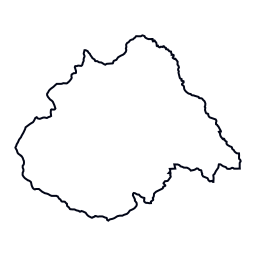 Guatuso, Alajuela, Costa Rica
{"feature_id": "36466004B87915732060573", "entity_name": "Guatuso", "entity_type": "district", "adm_level": 2, "iso_a3": "CRI", "parent_name": "Costa Rica", "parent_adm1": "Alajuela", "projection": "albers", "projection_center": [-84.82, 10.704], "detail": "fine", "context": "isolated", "style": "outline", "palette": "ink", "viewbox_px": 256, "rotation_deg": 0, "n_neighbors": 0, "source": "geoboundaries", "source_scale": "gbopen_adm2", "svg_char_len": 5766}
<svg xmlns="http://www.w3.org/2000/svg" viewBox="0 0 256 256"><path d="M239.0,153.4L236.9,153.3L236.3,153.0L234.6,151.6L233.7,150.0L232.6,149.3L232.1,148.6L232.0,147.6L231.6,147.0L229.8,146.3L227.4,144.9L226.5,143.7L226.6,141.7L225.8,141.3L225.7,141.1L224.8,140.4L224.5,139.4L224.1,138.8L223.6,138.6L223.2,138.7L223.0,139.2L222.8,139.1L220.8,136.6L220.1,134.8L220.1,133.6L218.9,131.8L219.3,131.6L220.9,131.5L220.8,130.9L218.7,127.1L218.4,126.4L217.8,126.0L217.1,124.8L216.4,124.5L216.0,124.1L216.0,122.5L216.4,121.4L216.4,120.8L216.0,119.9L215.6,119.4L209.8,117.4L209.2,116.9L208.6,116.0L208.3,115.2L208.2,114.0L207.8,113.7L206.4,113.4L205.9,112.8L205.0,110.0L205.3,107.7L204.8,107.0L204.8,106.5L205.2,105.8L205.4,103.7L205.0,102.3L204.4,101.1L203.1,99.9L202.2,98.7L201.3,98.3L199.3,98.1L198.9,97.8L198.9,97.4L198.5,96.9L194.3,95.7L193.8,95.4L192.2,95.3L191.5,95.0L190.7,94.0L189.3,93.8L188.3,93.4L186.3,91.9L184.9,90.3L184.2,88.9L184.0,86.9L183.8,86.2L183.3,85.6L182.2,84.9L182.0,84.6L182.0,84.0L182.7,83.2L183.6,82.5L183.6,81.3L183.3,81.1L181.6,80.8L181.4,80.3L181.6,79.9L181.6,79.1L180.1,78.4L179.8,77.9L178.5,72.7L178.8,71.3L178.1,70.0L178.2,68.9L178.9,67.6L178.9,67.2L178.4,65.8L177.5,64.6L177.6,61.6L175.4,58.8L175.1,58.7L174.8,59.0L174.6,59.9L174.6,58.7L173.3,58.3L172.8,57.9L172.7,57.4L173.6,56.2L173.7,55.2L173.4,54.9L171.6,54.9L171.7,53.9L171.2,53.0L171.0,51.6L169.2,51.2L168.8,50.4L168.2,50.1L167.8,49.4L166.1,49.2L166.0,48.0L165.8,47.8L164.5,47.4L164.2,46.5L163.9,46.3L163.3,46.2L162.5,47.0L160.9,46.7L159.9,47.3L159.4,47.3L158.4,46.6L158.0,45.8L157.4,46.1L157.0,46.1L156.7,45.8L156.7,44.8L156.2,42.5L155.2,41.6L154.7,40.6L154.2,40.4L153.6,41.2L153.0,41.4L152.5,40.5L152.5,39.0L148.5,39.1L147.1,38.6L145.5,37.7L145.0,37.2L144.5,36.1L142.6,35.4L141.9,35.6L141.2,36.1L140.7,36.3L136.1,36.2L135.0,37.6L133.9,38.4L133.1,39.3L131.5,39.7L130.2,40.3L128.5,42.3L127.3,42.8L126.2,44.4L126.2,46.0L126.4,47.0L125.9,48.2L125.9,48.8L126.2,49.2L126.2,50.6L125.7,52.0L124.6,53.2L124.4,53.7L123.7,54.1L123.2,54.6L120.8,55.7L118.1,57.3L116.4,59.8L113.9,60.8L113.5,61.3L112.9,63.2L112.7,63.4L106.9,63.8L106.5,63.9L105.3,64.7L104.3,64.3L101.4,62.5L99.1,62.3L97.2,61.1L95.4,61.1L94.9,60.7L94.7,59.6L92.4,58.1L92.1,57.5L90.4,55.1L89.9,53.9L88.5,52.6L87.7,51.2L85.7,50.2L84.5,50.2L83.8,53.1L83.7,53.8L84.5,55.8L84.5,56.8L84.0,57.6L83.6,59.3L83.7,60.8L82.6,63.3L82.6,63.9L82.2,65.0L81.8,65.5L81.2,65.9L78.1,65.6L76.9,66.1L75.3,66.1L75.1,66.4L74.8,67.2L76.0,71.0L76.0,72.8L75.1,73.2L73.7,73.2L72.2,74.1L71.6,74.6L71.4,76.4L71.7,77.7L71.4,78.6L69.9,80.6L68.7,81.9L67.6,82.7L67.4,83.1L66.5,83.4L63.2,83.2L62.4,83.6L60.9,83.9L56.7,83.9L55.5,84.9L53.5,86.8L50.9,88.7L49.6,89.9L48.9,90.8L47.9,92.7L47.3,93.4L47.1,93.9L47.1,95.1L47.9,96.8L50.1,99.5L51.7,100.6L52.8,101.7L54.4,105.3L55.4,108.5L54.8,109.3L54.5,109.5L53.2,109.6L51.5,109.4L51.0,109.8L50.9,110.2L50.7,113.0L50.9,113.7L51.1,116.0L50.3,116.5L48.5,117.1L46.9,118.0L46.3,117.9L44.7,117.5L43.1,117.6L40.0,118.8L39.2,118.8L37.5,118.3L36.7,117.2L35.4,117.9L33.9,120.9L33.0,122.2L30.3,123.8L25.6,127.3L25.1,129.1L23.4,132.7L21.7,135.6L21.0,137.2L19.1,139.6L17.9,142.4L16.7,144.3L16.2,146.0L15.4,147.5L15.7,148.4L16.7,150.0L17.6,152.8L18.5,153.9L20.0,154.9L20.6,155.6L21.2,155.7L21.5,156.2L21.7,156.3L22.7,157.9L23.6,160.5L23.8,160.7L24.0,162.1L23.9,163.6L23.7,164.5L22.7,165.8L22.7,167.7L23.4,169.3L23.4,171.2L22.7,172.6L22.6,175.0L23.5,176.6L24.9,178.2L27.9,180.3L28.3,180.3L29.8,181.1L30.7,181.8L31.0,182.3L31.7,185.5L32.7,187.8L33.4,188.6L34.4,189.3L35.3,189.3L35.8,189.0L38.9,189.0L42.4,191.9L43.5,192.4L44.6,193.1L47.1,193.7L48.4,194.2L50.2,195.3L51.8,195.9L56.5,195.9L57.3,196.4L57.7,196.4L59.1,198.7L60.3,199.4L61.5,201.3L62.2,201.6L64.0,201.6L64.9,201.8L66.3,203.4L66.9,203.7L67.0,205.1L67.2,206.0L69.0,207.5L69.9,209.0L70.3,209.2L72.4,209.4L74.2,209.4L75.4,209.8L76.2,210.3L78.8,210.9L79.6,211.6L80.6,211.6L81.3,211.0L82.8,211.4L85.6,212.7L87.1,214.8L88.5,216.1L91.7,217.7L92.6,217.6L93.2,217.0L94.6,216.7L95.1,216.0L95.8,216.0L97.5,216.6L98.7,216.6L99.2,216.4L102.2,216.4L103.0,216.6L105.0,217.5L106.6,217.9L107.3,220.1L108.4,220.6L109.3,219.7L109.9,219.4L112.6,218.8L114.4,218.1L117.4,216.2L119.6,215.7L122.3,215.7L124.1,214.8L126.9,213.9L128.3,212.7L129.8,210.6L132.9,209.2L134.5,208.2L136.3,206.1L136.7,205.1L136.8,204.2L136.5,202.7L134.9,200.7L134.9,199.3L134.6,198.6L134.4,198.5L134.3,198.0L132.9,195.4L133.1,193.7L133.7,193.0L134.9,193.2L137.3,194.5L138.9,194.6L140.3,196.2L141.3,197.0L142.8,197.6L144.3,197.9L144.4,198.9L144.1,199.7L144.2,201.5L145.3,202.5L146.2,202.9L147.6,202.9L149.3,203.2L151.0,203.1L150.9,201.6L153.1,200.0L153.2,199.0L152.9,198.5L152.8,197.9L153.5,197.0L153.8,196.2L154.1,193.6L156.1,191.7L162.4,188.6L162.9,188.1L163.0,187.3L163.3,186.7L164.7,186.2L165.3,185.7L165.2,185.2L163.5,183.4L163.6,183.0L165.0,181.2L167.3,181.0L167.9,180.7L170.6,177.0L170.7,176.2L170.2,175.1L170.5,174.0L170.5,173.2L168.7,173.1L169.3,172.4L170.2,171.7L170.2,170.2L169.8,168.9L175.3,168.6L174.3,164.4L177.7,164.5L179.1,165.0L179.9,165.6L180.5,166.3L182.5,166.9L183.8,167.6L187.0,167.7L188.8,168.6L190.4,170.0L190.8,170.6L193.8,170.0L195.1,169.5L196.8,168.4L198.1,168.7L199.3,170.0L201.0,170.2L201.3,170.5L201.7,172.5L202.2,173.5L202.0,174.2L202.2,174.9L203.1,176.4L207.5,178.2L208.0,179.1L208.5,180.3L209.7,181.3L210.3,181.3L210.8,181.0L212.1,180.9L212.3,181.0L212.6,181.8L213.4,181.9L213.6,178.0L213.3,175.2L213.7,174.6L214.5,174.0L215.9,171.1L218.3,167.7L218.8,164.5L218.9,164.3L220.2,164.3L221.2,164.8L221.7,165.3L223.3,166.3L225.8,167.1L227.0,168.6L228.0,168.9L229.6,168.9L230.4,168.7L232.1,167.8L233.3,168.1L234.1,168.7L239.8,168.6L239.7,167.0L239.7,163.1L239.9,162.4L240.6,161.5L240.6,160.8L240.2,159.8L239.1,158.8L239.0,157.3L239.1,155.5L239.0,153.4Z" fill="none" stroke="#020617" stroke-width="2"/></svg>